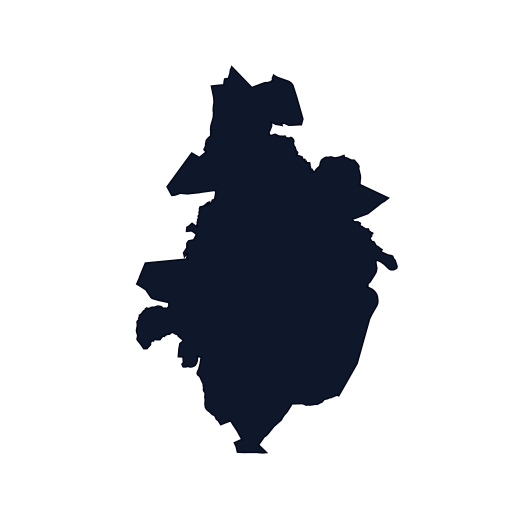 the district of Atlangatepec, Tlaxcala, Mexico, rotated 242°
{"feature_id": "50627088B65405615420244", "entity_name": "Atlangatepec", "entity_type": "district", "adm_level": 2, "iso_a3": "MEX", "parent_name": "Mexico", "parent_adm1": "Tlaxcala", "projection": "albers", "projection_center": [-98.176, 19.547], "detail": "fine", "context": "isolated", "style": "filled", "palette": "ink", "viewbox_px": 512, "rotation_deg": 242, "n_neighbors": 0, "source": "geoboundaries", "source_scale": "gbopen_adm2", "svg_char_len": 6125}
<svg xmlns="http://www.w3.org/2000/svg" viewBox="0 0 512 512"><g transform="rotate(242 256 256)"><path d="M434.5,323.4L433.8,322.8L432.6,321.0L429.4,318.7L426.8,316.0L425.7,315.2L427.0,311.5L424.8,309.6L423.8,309.2L423.1,308.4L422.0,307.8L423.1,306.0L427.0,296.4L415.5,293.0L411.0,290.9L409.0,289.3L406.2,287.5L404.1,286.3L402.8,286.1L402.1,285.5L399.3,284.0L397.5,282.5L393.2,278.3L391.3,276.7L388.4,275.0L386.8,274.4L385.7,273.6L383.6,272.6L383.2,272.0L382.7,269.6L381.5,266.5L379.0,264.5L378.7,264.1L377.1,263.4L375.5,261.6L374.7,260.2L373.7,260.1L372.5,260.6L372.0,260.4L371.2,260.6L369.6,252.2L377.1,247.6L363.3,219.1L362.9,218.6L362.6,217.7L358.9,210.0L349.0,210.1L347.8,213.1L347.0,218.6L343.1,224.6L338.5,236.0L338.4,236.6L333.7,249.4L332.3,251.0L331.0,250.3L326.5,246.9L325.5,245.6L325.8,243.5L324.3,242.4L323.4,240.6L323.4,240.1L324.1,239.9L325.5,240.5L325.8,238.1L325.4,237.3L324.5,237.8L323.6,237.7L323.7,237.1L324.9,236.4L325.4,235.8L324.7,234.5L324.3,234.3L324.8,233.5L324.8,231.2L325.3,231.0L325.6,229.7L324.4,228.3L322.5,227.5L321.2,226.1L319.8,225.7L318.9,225.0L318.6,223.9L318.1,223.5L316.2,223.2L315.7,221.6L315.0,221.4L314.3,221.0L313.4,219.9L311.8,219.3L311.0,218.2L309.6,217.3L314.9,214.9L314.4,212.8L313.9,211.5L313.8,208.5L310.4,206.2L308.5,210.8L307.2,211.7L303.1,213.6L300.9,210.7L299.5,208.5L301.0,203.7L300.4,202.3L299.6,200.9L295.7,198.8L292.8,193.5L288.9,192.5L291.1,197.2L286.1,193.5L285.0,195.3L301.7,155.0L293.9,145.6L293.7,145.5L292.9,144.3L291.4,142.8L287.2,137.5L284.8,139.0L277.9,142.9L268.8,143.8L267.4,144.3L262.8,149.0L255.8,157.2L252.5,155.4L251.4,152.8L252.8,151.1L253.3,149.6L254.1,149.0L254.7,149.0L255.7,148.5L256.4,147.9L258.0,145.6L258.5,142.0L259.5,140.4L259.8,139.3L259.8,137.0L260.8,135.5L261.5,135.0L261.1,133.3L260.6,133.1L260.2,132.3L260.3,131.0L258.9,128.1L258.4,126.2L258.5,125.3L257.2,124.6L256.0,123.1L254.9,123.0L254.5,122.5L254.5,121.3L253.7,120.0L250.4,118.7L246.7,115.7L245.1,115.0L241.9,114.4L240.9,114.0L238.5,111.9L237.5,111.8L232.8,112.7L226.8,113.4L225.4,116.2L227.2,121.2L229.4,122.4L229.8,124.6L229.1,125.5L229.5,125.7L229.8,126.5L229.5,128.3L228.8,128.8L227.2,131.9L229.1,136.3L228.3,136.8L228.0,137.4L228.2,137.6L228.6,139.6L228.3,141.4L227.6,142.7L228.1,145.3L227.8,145.7L227.8,146.6L225.1,148.1L223.3,150.0L222.0,149.7L215.5,152.3L214.9,150.3L214.4,147.7L210.1,144.3L203.5,140.1L201.2,144.2L197.3,142.4L195.4,141.9L195.7,140.5L195.1,139.9L193.7,139.6L192.2,139.7L190.9,142.1L191.0,143.5L190.5,143.8L189.8,144.9L189.2,145.3L188.2,147.2L187.9,150.4L188.1,151.1L189.7,153.6L191.5,155.3L194.2,156.8L195.0,157.1L192.1,160.2L190.7,158.8L187.2,156.2L183.2,152.6L181.2,149.9L179.7,148.8L178.2,148.8L176.8,149.5L175.2,149.8L170.2,149.4L167.7,149.4L166.8,148.7L164.1,147.9L163.1,147.0L162.0,146.6L160.7,146.5L159.2,146.8L158.6,146.8L158.1,146.2L157.0,145.7L155.5,144.6L152.7,143.6L149.4,141.5L146.2,140.3L144.2,140.3L142.4,140.8L139.9,142.0L136.4,143.0L136.1,143.7L133.8,144.7L131.1,144.4L130.1,144.5L128.8,145.3L123.6,145.7L123.1,150.8L122.3,156.3L121.9,156.3L117.3,156.6L110.3,157.3L100.7,157.4L101.3,149.2L97.0,149.0L91.5,147.5L88.4,152.8L82.3,164.4L79.2,169.1L77.5,173.0L88.0,169.6L92.6,178.7L92.5,180.0L93.4,183.1L97.1,191.7L99.4,201.5L100.8,203.4L102.3,206.2L103.6,209.9L107.8,217.2L108.7,218.1L103.7,228.0L101.2,229.9L100.5,230.8L100.2,232.1L99.3,233.1L98.1,236.1L97.6,238.0L96.4,240.2L96.2,241.6L96.3,243.4L96.0,245.4L96.8,247.8L97.7,249.4L97.1,249.9L96.9,250.3L96.4,252.6L96.4,254.2L95.7,255.8L95.9,257.3L95.4,258.1L95.7,258.7L95.4,259.6L95.4,261.1L95.0,262.1L94.4,262.9L93.7,263.4L113.6,294.8L147.3,326.9L150.7,331.7L155.5,339.4L157.0,341.1L159.0,342.5L163.1,344.1L165.4,344.5L167.5,344.4L170.0,343.8L171.8,343.1L174.5,341.2L176.6,339.3L176.9,339.5L176.8,340.2L176.9,340.7L178.2,341.4L178.8,341.4L179.6,344.6L183.8,352.0L185.5,354.6L188.4,356.9L192.4,358.2L195.1,359.3L195.4,359.8L195.4,360.2L194.9,361.4L192.7,363.2L188.4,365.4L182.3,367.3L180.6,368.5L179.2,371.0L179.2,371.6L179.1,374.2L179.6,374.9L180.4,375.6L186.7,376.8L189.5,376.2L190.8,376.5L191.7,376.5L192.6,375.9L195.1,372.9L200.3,368.9L200.8,368.8L201.7,369.1L202.5,370.3L204.7,369.0L206.6,368.3L208.6,366.9L212.8,366.8L213.2,366.7L213.6,366.3L213.9,365.5L214.3,365.2L217.7,364.9L218.3,365.1L218.6,365.5L219.2,367.3L219.3,367.5L220.2,367.7L220.6,368.0L221.1,369.7L221.5,369.8L222.1,369.3L222.6,368.5L223.9,368.3L225.1,367.5L226.0,367.5L226.8,368.0L227.1,368.0L228.0,366.2L228.7,365.4L230.9,364.0L232.1,363.6L233.6,362.2L234.6,362.3L235.6,363.4L236.3,363.4L237.1,362.7L238.2,362.1L239.2,360.5L239.7,359.2L241.1,358.4L242.8,358.3L243.2,358.8L243.4,359.5L242.9,360.1L240.9,374.6L244.0,391.9L244.1,395.3L245.0,400.2L270.3,381.3L274.1,383.6L275.4,384.6L277.8,385.8L285.1,387.7L286.5,388.8L287.0,389.0L290.0,388.8L292.6,388.1L294.4,387.8L296.0,385.1L300.0,382.2L301.0,380.4L303.5,380.9L304.1,376.2L305.4,372.0L306.0,371.1L308.3,368.8L309.3,365.7L310.2,364.5L310.4,363.8L310.4,361.8L310.0,359.1L308.5,357.0L305.4,354.5L304.9,352.2L304.1,349.6L303.6,349.0L302.7,346.8L302.9,346.5L304.2,346.4L304.8,345.8L305.6,346.2L306.2,346.2L307.2,345.3L307.7,345.1L308.4,345.3L308.9,345.9L309.7,345.7L311.6,346.7L313.2,347.1L314.6,344.4L316.1,344.9L316.5,343.6L317.0,343.3L317.6,343.5L317.9,344.5L318.3,344.4L318.8,344.0L318.9,343.2L319.4,342.7L320.0,342.7L321.2,343.2L322.0,343.1L325.4,339.9L325.9,339.1L326.7,339.1L326.9,340.6L327.9,341.4L328.7,341.3L329.4,340.9L330.2,340.9L334.0,341.6L335.5,341.2L336.5,341.6L337.5,341.7L339.2,342.9L339.6,343.4L341.4,343.7L343.4,343.2L344.4,342.4L344.4,341.7L344.3,341.2L344.4,340.8L346.3,338.0L348.2,338.0L348.8,336.5L350.5,333.4L352.0,331.8L353.9,330.7L354.8,329.3L355.1,326.6L355.9,324.8L358.1,325.2L358.6,324.9L360.8,327.8L363.5,330.9L366.8,332.3L365.2,333.7L364.1,334.4L362.7,335.6L360.7,338.4L359.0,340.3L360.7,340.5L360.1,343.3L356.2,346.2L355.0,348.4L352.0,354.9L352.3,355.0L351.0,356.9L351.1,357.1L350.6,357.6L354.9,361.7L376.8,366.4L389.3,368.7L391.7,368.4L394.2,367.3L395.0,366.7L403.5,358.9L404.9,357.9L407.5,356.5L405.1,353.8L403.3,353.2L403.0,350.5L403.5,347.9L404.9,345.0L406.7,331.4L434.5,323.4Z" fill="#0f172a" stroke="#020617" stroke-width="1.5"/></g></svg>